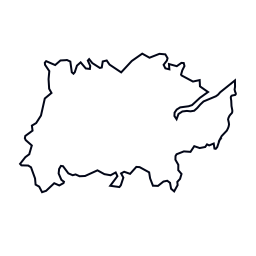 the border of Gloucestershire, rotated 191°
{"feature_id": "GBR-2039", "entity_name": "Gloucestershire", "entity_type": "Administrative County", "adm_level": 1, "iso_a3": "GBR", "parent_name": "United Kingdom", "parent_adm1": "", "projection": "albers", "projection_center": [-2.218, 51.841], "detail": "fine", "context": "isolated", "style": "outline", "palette": "ink", "viewbox_px": 256, "rotation_deg": 191, "n_neighbors": 0, "source": "natural_earth", "source_scale": "10m", "svg_char_len": 2199}
<svg xmlns="http://www.w3.org/2000/svg" viewBox="0 0 256 256"><g transform="rotate(191 128 128)"><path d="M32.1,195.1L30.8,188.9L30.7,186.1L29.8,184.1L28.8,182.6L28.7,181.6L29.1,180.9L32.1,179.7L32.9,178.6L32.9,177.6L32.5,176.2L31.9,174.6L30.6,169.3L29.0,165.3L28.7,163.7L28.9,162.5L30.1,160.6L30.7,159.4L31.3,157.1L31.4,155.5L30.2,152.8L29.5,150.8L29.5,148.6L29.8,146.8L30.5,144.3L34.5,138.0L35.8,133.8L35.6,133.9L35.7,133.7L35.8,133.7L36.8,126.2L37.9,124.3L39.2,124.3L40.9,129.1L45.0,126.4L47.3,127.0L48.6,124.1L53.8,122.0L59.5,122.8L62.1,116.5L68.7,115.7L75.3,111.5L76.0,109.5L75.4,105.9L71.6,101.5L70.6,96.2L66.7,93.1L67.2,88.0L69.3,84.5L68.4,81.4L70.6,74.6L74.1,76.6L76.3,82.2L79.4,83.7L83.0,82.2L87.5,76.9L90.7,76.4L92.5,76.1L96.7,82.8L98.8,88.5L109.1,91.8L112.4,91.4L117.2,83.4L123.4,84.3L126.1,82.1L123.1,78.4L124.1,70.4L125.2,68.4L134.4,67.9L129.2,78.7L131.6,82.0L136.1,78.3L142.4,78.2L149.9,80.6L161.0,72.7L166.3,71.4L170.6,72.4L173.3,71.1L177.9,72.1L184.5,78.1L186.6,78.0L187.8,74.6L187.4,70.1L183.5,64.4L180.6,63.0L180.8,61.6L184.5,58.5L189.9,59.7L196.4,50.7L200.1,48.6L204.0,53.5L207.9,54.8L209.6,60.7L215.7,70.9L218.8,72.1L225.5,71.0L227.1,72.2L223.2,79.8L219.9,83.4L219.8,85.0L219.1,92.5L226.1,96.6L227.3,98.3L227.3,100.6L221.2,107.2L222.8,112.0L219.1,115.3L215.8,123.6L215.3,141.1L209.8,147.8L212.9,151.5L215.3,160.8L216.1,168.8L221.5,174.2L222.1,176.2L221.1,178.0L214.8,176.6L211.5,175.9L207.2,181.4L202.5,182.6L200.9,183.1L197.3,182.2L193.8,172.0L191.9,170.9L190.9,172.6L190.0,179.5L187.0,183.4L180.8,178.4L176.7,178.7L176.9,181.7L180.3,186.5L179.3,188.2L175.4,184.9L167.1,181.6L165.3,182.4L165.5,188.5L161.8,190.2L158.2,186.7L145.3,181.3L137.1,194.5L128.2,203.7L120.3,201.1L111.3,206.8L105.4,207.4L102.5,204.1L102.7,201.6L105.1,196.8L102.7,193.7L98.6,193.5L100.0,198.6L91.9,198.0L88.0,202.1L85.7,202.4L84.4,199.6L85.7,195.0L86.1,190.5L85.4,189.8L73.1,186.0L66.8,188.7L65.3,182.6L57.0,178.9L56.3,178.6L63.1,171.4L69.5,162.7L72.7,160.9L80.7,158.2L83.7,155.4L85.2,152.0L84.7,148.6L82.0,145.9L81.1,151.4L77.8,154.6L73.5,156.0L69.8,156.3L66.3,157.6L63.8,160.9L61.5,164.9L58.9,168.5L47.8,175.9L46.0,177.8L44.3,180.7L32.1,195.1Z" fill="none" stroke="#020617" stroke-width="2"/></g></svg>